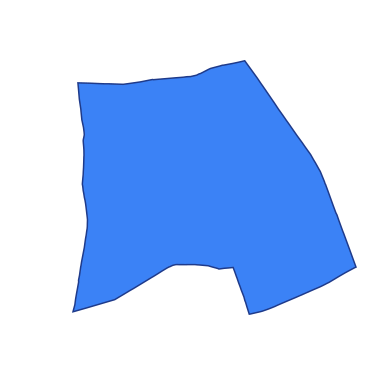 At Tahrir, Amanat Al Asimah, Yemen, rotated 257°
{"feature_id": "15242507B91083186243628", "entity_name": "At Tahrir", "entity_type": "district", "adm_level": 2, "iso_a3": "YEM", "parent_name": "Yemen", "parent_adm1": "Amanat Al Asimah", "projection": "mercator", "projection_center": [44.197, 15.354], "detail": "fine", "context": "isolated", "style": "filled", "palette": "blue", "viewbox_px": 384, "rotation_deg": 257, "n_neighbors": 0, "source": "geoboundaries", "source_scale": "gbopen_adm2", "svg_char_len": 2253}
<svg xmlns="http://www.w3.org/2000/svg" viewBox="0 0 384 384"><g transform="rotate(257 192 192)"><path d="M324.0,105.4L315.4,104.2L307.7,103.1L297.6,102.3L295.6,102.0L287.0,100.9L286.0,100.9L279.5,100.8L276.3,100.5L274.5,100.3L271.9,99.9L269.2,98.7L267.8,98.0L266.4,97.5L263.8,97.1L260.2,96.6L257.1,96.1L252.0,95.0L250.7,94.6L245.7,93.3L240.1,91.8L236.4,90.7L233.5,89.9L225.6,87.3L224.3,86.9L221.9,86.8L217.9,86.3L214.8,86.2L210.8,85.9L208.1,85.9L204.8,85.7L201.5,85.4L190.6,84.2L188.4,83.9L184.6,82.9L182.2,82.3L180.2,81.7L177.3,80.5L173.8,79.2L170.8,77.9L168.2,76.9L161.9,74.5L148.6,68.6L145.3,67.3L144.3,66.8L136.0,63.6L131.6,61.6L129.8,61.3L118.9,56.6L113.9,54.5L108.5,52.5L102.1,49.1L102.1,50.0L102.8,63.7L104.5,92.5L110.0,109.5L111.1,113.2L115.4,126.2L117.8,133.4L118.4,135.4L119.9,139.8L121.9,145.5L123.5,150.4L124.1,152.6L124.2,153.7L124.5,155.0L124.9,156.9L124.9,159.9L124.6,161.4L124.2,162.8L123.5,165.8L122.6,169.6L122.3,171.1L121.3,175.5L120.8,177.7L120.6,178.6L119.9,180.6L119.4,182.3L117.5,188.1L116.5,191.2L115.1,193.6L114.2,195.2L112.4,198.6L111.5,200.2L110.9,200.9L110.4,206.4L109.8,210.4L109.2,215.1L104.7,215.7L99.3,216.3L98.1,216.5L93.1,217.0L88.7,217.6L85.7,217.9L78.0,219.0L74.3,219.1L72.5,219.4L67.4,219.7L66.4,219.8L60.1,220.3L60.0,221.6L60.0,227.1L60.0,232.1L60.1,234.0L60.8,240.2L61.4,244.2L61.9,247.3L62.4,249.5L63.4,255.0L64.5,261.2L65.9,269.2L69.6,288.8L70.8,295.5L71.2,297.3L72.2,301.4L72.5,302.4L73.1,305.1L76.8,316.5L78.8,323.0L79.8,326.6L81.7,333.7L81.9,334.9L100.7,332.6L117.2,330.5L120.5,330.0L132.0,328.6L137.0,328.1L139.4,327.5L146.4,326.6L162.2,324.7L169.4,323.8L170.2,323.5L172.1,323.4L183.2,321.6L185.4,320.9L191.0,319.3L192.7,318.8L194.8,318.1L196.7,317.5L201.8,316.0L207.5,313.6L211.4,312.0L215.2,310.5L223.6,306.9L236.6,301.7L240.9,299.9L245.7,298.0L253.7,294.7L257.5,293.3L259.9,292.4L279.5,284.7L281.9,283.7L288.4,281.2L308.0,272.9L308.0,266.1L308.1,260.6L308.5,251.2L308.7,250.1L308.5,247.5L308.4,243.5L308.2,237.7L307.7,235.4L305.5,226.8L305.5,225.5L304.8,222.8L304.8,216.5L305.5,212.8L305.8,209.4L307.0,201.4L310.1,179.7L310.5,178.8L310.9,166.2L311.1,163.9L311.8,155.6L312.4,149.2L316.1,135.4L317.1,131.1L318.4,126.3L320.9,117.3L324.0,105.4Z" fill="#3b82f6" stroke="#1e3a8a" stroke-width="1.5"/></g></svg>